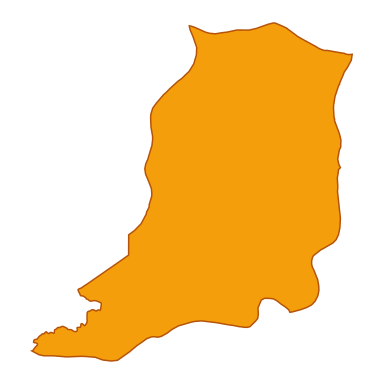 outline of Chiantla, Huehuetenango, Guatemala, rotated 180°
{"feature_id": "79465075B62653815483929", "entity_name": "Chiantla", "entity_type": "district", "adm_level": 2, "iso_a3": "GTM", "parent_name": "Guatemala", "parent_adm1": "Huehuetenango", "projection": "albers", "projection_center": [-91.345, 15.5], "detail": "fine", "context": "isolated", "style": "filled", "palette": "amber", "viewbox_px": 384, "rotation_deg": 180, "n_neighbors": 0, "source": "geoboundaries", "source_scale": "gbopen_adm2", "svg_char_len": 3940}
<svg xmlns="http://www.w3.org/2000/svg" viewBox="0 0 384 384"><g transform="rotate(180 192 192)"><path d="M255.3,149.2L255.4,128.9L266.3,121.2L298.0,99.2L299.8,98.1L301.8,96.6L303.0,95.9L304.3,95.4L305.6,94.8L305.9,94.3L305.8,93.4L303.4,88.4L302.6,88.2L301.1,88.0L300.6,87.7L299.0,86.8L298.4,86.3L298.0,85.7L297.7,85.1L297.1,84.8L296.3,84.7L295.7,84.3L295.3,83.9L294.7,83.3L293.8,82.9L292.6,82.9L292.0,83.1L291.1,83.2L290.3,83.3L289.6,83.4L288.9,83.3L288.1,83.2L287.2,83.0L284.2,81.7L283.1,81.2L282.7,80.2L282.8,79.0L283.0,77.4L283.3,75.4L283.5,74.5L284.0,73.6L284.5,73.8L285.3,74.0L286.1,74.0L286.7,73.7L287.6,73.0L288.6,73.2L289.1,73.5L289.6,73.8L290.7,74.2L291.4,74.3L292.1,74.2L292.7,73.9L293.5,73.3L294.2,72.9L295.2,72.8L295.8,72.5L296.4,72.1L296.8,71.2L296.9,70.4L297.0,65.1L296.9,64.0L296.9,63.2L296.9,62.5L297.2,61.4L297.4,60.9L297.7,60.4L298.2,59.7L298.9,58.7L299.4,58.4L300.1,58.8L300.7,59.4L301.5,60.1L302.0,60.3L302.7,60.3L303.1,59.6L303.1,58.9L303.2,57.9L303.7,56.8L304.7,56.6L306.2,56.6L306.9,56.3L306.9,55.4L306.8,54.9L306.7,54.3L306.8,53.2L307.5,52.5L308.6,52.4L309.6,52.5L310.4,52.8L310.9,53.1L311.8,53.8L312.5,54.2L313.4,54.4L314.3,54.4L315.5,54.5L316.2,54.6L317.1,55.6L317.7,56.1L318.5,56.5L319.5,57.0L320.1,57.2L321.0,57.6L321.8,57.6L322.7,57.3L323.2,57.1L324.1,56.5L324.8,56.5L325.6,56.6L326.5,56.3L326.9,55.8L327.6,55.0L328.4,54.7L329.2,54.3L329.5,53.6L329.6,52.8L329.6,51.9L329.7,51.1L330.4,50.8L331.4,51.1L331.9,51.3L332.9,51.6L334.0,51.4L334.4,50.8L335.2,50.5L335.9,50.7L336.7,51.2L337.3,51.8L337.8,52.2L338.7,51.8L339.2,51.1L339.4,50.5L340.2,50.2L341.2,50.2L342.1,49.8L342.7,49.2L343.3,48.7L344.2,48.1L344.8,47.5L345.3,47.0L345.7,46.5L346.1,45.9L346.5,45.4L347.2,44.7L348.1,44.6L349.5,44.3L349.9,43.9L350.3,43.0L350.4,42.3L350.4,41.7L349.8,41.3L348.9,41.2L348.3,41.2L347.2,40.8L346.5,40.0L346.5,39.4L346.9,38.7L347.3,38.3L348.2,37.4L349.6,35.7L350.1,35.0L350.6,34.1L351.1,33.6L352.2,33.1L345.1,29.3L340.1,28.2L330.7,28.2L317.3,27.1L302.3,27.7L296.6,27.4L288.6,26.7L281.2,24.0L279.5,23.8L272.7,23.0L266.5,23.7L254.7,32.0L247.2,38.3L241.1,42.5L237.3,45.3L232.6,47.1L229.9,47.3L226.1,46.8L222.5,47.7L216.8,50.9L212.3,54.4L205.6,58.1L201.5,59.3L192.9,61.8L189.2,62.6L182.3,63.1L167.3,61.3L156.2,59.3L150.4,58.5L145.2,57.4L142.2,57.1L139.7,56.7L136.3,56.7L134.0,57.4L128.3,63.0L126.3,65.6L125.7,69.6L126.0,76.1L122.7,84.0L119.4,85.7L114.3,85.6L110.4,85.1L106.9,83.1L102.9,79.9L99.0,77.3L95.2,74.2L94.1,71.7L91.7,72.1L83.7,74.2L77.1,76.6L72.4,79.1L68.9,82.8L66.4,87.6L65.6,90.7L65.1,93.8L65.3,98.3L66.4,104.6L67.7,107.7L69.8,113.2L70.6,114.8L71.5,116.7L72.3,119.3L72.4,122.9L71.5,126.6L70.5,128.4L62.9,134.4L60.8,135.4L57.0,137.6L51.1,141.0L47.9,144.3L45.5,149.4L44.1,156.3L43.6,165.7L46.5,192.3L46.2,197.1L46.7,206.2L46.1,209.5L45.4,214.5L43.6,216.3L45.2,219.8L46.3,225.0L44.6,234.2L43.3,236.8L43.1,244.1L44.5,250.0L49.4,263.1L49.4,265.0L50.0,266.9L50.5,275.4L50.4,278.8L49.0,287.5L45.2,298.9L44.5,299.4L44.3,301.0L40.5,309.8L39.9,311.7L36.9,316.0L32.7,323.8L31.8,329.7L35.0,329.4L37.9,329.8L39.8,330.7L43.3,331.2L56.9,333.6L59.3,333.5L61.8,334.2L65.0,335.5L67.9,337.3L82.7,345.4L86.3,347.5L90.4,350.6L94.3,353.5L94.9,353.9L97.6,356.0L102.1,358.1L108.7,360.9L110.9,361.0L116.0,359.7L119.4,358.5L123.9,356.9L127.6,355.6L134.9,353.9L147.1,354.0L156.9,351.9L161.9,351.3L168.6,350.2L174.3,350.7L178.4,351.8L188.9,356.5L193.0,357.9L194.7,358.2L194.5,356.8L193.8,354.0L190.9,347.1L187.3,336.5L187.6,329.1L190.2,320.2L194.9,312.6L199.0,308.7L201.9,305.8L206.0,302.8L214.3,295.2L217.1,292.3L220.5,289.2L224.2,284.9L227.3,281.3L231.3,275.8L233.1,269.9L233.4,266.3L233.0,256.9L231.4,247.7L231.4,244.0L232.1,238.4L234.9,229.2L236.3,224.3L237.5,221.9L238.3,219.8L238.6,218.2L239.2,215.3L238.4,209.9L237.1,206.8L235.3,202.5L233.9,198.9L232.6,195.3L232.2,190.8L232.3,187.7L234.7,179.7L235.0,176.7L237.4,172.0L237.8,169.7L239.1,167.4L242.8,160.4L249.6,153.4L255.3,149.2Z" fill="#f59e0b" stroke="#b45309" stroke-width="1.5"/></g></svg>